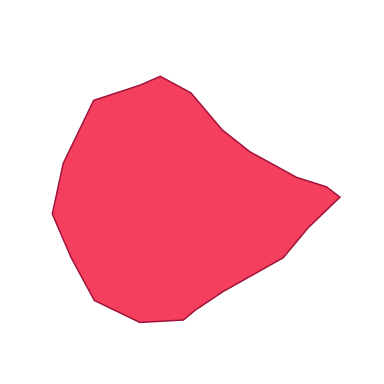 the district of Mfoundi, Centre, Cameroon, rotated 163°
{"feature_id": "32672807B36529963659187", "entity_name": "Mfoundi", "entity_type": "district", "adm_level": 2, "iso_a3": "CMR", "parent_name": "Cameroon", "parent_adm1": "Centre", "projection": "orthographic", "projection_center": [11.497, 3.804], "detail": "fine", "context": "isolated", "style": "filled", "palette": "rose", "viewbox_px": 384, "rotation_deg": 163, "n_neighbors": 0, "source": "geoboundaries", "source_scale": "gbopen_adm2", "svg_char_len": 425}
<svg xmlns="http://www.w3.org/2000/svg" viewBox="0 0 384 384"><g transform="rotate(163 192 192)"><path d="M52.0,143.8L61.9,157.6L87.7,175.4L125.0,213.7L145.0,242.7L164.0,287.0L188.5,311.9L210.8,309.4L259.2,308.4L283.0,282.7L306.8,257.0L332.0,211.9L326.8,164.7L317.1,116.8L280.0,82.5L237.7,72.1L223.0,78.2L191.4,87.7L164.4,93.6L123.9,102.5L91.3,123.9L52.0,143.8Z" fill="#f43f5e" stroke="#9f1239" stroke-width="1.5"/></g></svg>